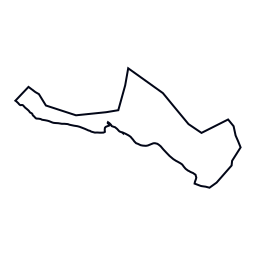 Banannes Bay, Castries, Saint Lucia (orthographic projection), rotated 180°
{"feature_id": "8701671B10070089345452", "entity_name": "Banannes Bay", "entity_type": "district", "adm_level": 2, "iso_a3": "LCA", "parent_name": "Saint Lucia", "parent_adm1": "Castries", "projection": "orthographic", "projection_center": [-61.0, 14.011], "detail": "fine", "context": "isolated", "style": "outline", "palette": "ink", "viewbox_px": 256, "rotation_deg": 180, "n_neighbors": 0, "source": "geoboundaries", "source_scale": "gbopen_adm2", "svg_char_len": 1934}
<svg xmlns="http://www.w3.org/2000/svg" viewBox="0 0 256 256"><g transform="rotate(180 128 128)"><path d="M227.5,169.1L240.6,155.3L239.5,154.5L239.2,154.2L238.0,153.1L236.7,151.6L236.1,151.1L235.2,150.8L234.4,151.0L233.8,151.0L233.2,150.8L232.7,150.4L232.0,149.6L230.8,148.3L229.3,147.1L227.7,145.7L227.2,145.2L225.9,143.5L224.9,143.0L224.3,142.7L223.6,141.9L223.4,141.2L222.8,140.3L221.8,139.5L221.0,138.5L220.4,138.0L219.8,137.5L218.8,137.4L217.3,137.3L215.4,137.0L214.1,136.3L213.0,136.1L211.0,135.8L208.5,135.3L206.8,134.8L203.9,133.6L202.6,133.2L201.0,133.0L197.7,132.8L194.1,132.2L191.6,132.2L188.2,131.9L186.6,131.3L185.3,131.0L181.9,130.3L178.6,129.8L176.4,129.2L174.3,128.4L171.2,127.2L168.7,126.1L167.7,125.6L165.9,125.1L164.8,124.4L163.0,123.9L161.1,123.4L158.9,123.5L155.7,123.3L152.6,123.4L151.2,124.0L151.1,124.5L151.2,125.2L151.3,126.0L151.1,128.1L150.5,128.9L150.1,129.2L148.9,129.7L146.9,130.4L146.6,130.7L147.4,132.2L148.2,132.7L148.3,133.1L148.0,133.8L146.7,132.9L145.2,131.4L144.7,130.7L144.3,129.9L142.3,129.2L141.0,128.8L138.9,127.1L137.2,125.2L136.4,124.5L134.2,123.7L133.7,123.4L132.9,122.7L132.8,123.3L130.2,122.1L127.4,120.6L125.4,119.2L123.9,117.4L123.0,116.4L121.7,114.6L119.9,112.8L118.2,112.2L115.3,110.8L113.2,110.4L110.6,110.2L109.9,110.2L108.2,110.5L107.2,110.9L105.0,111.8L102.7,112.7L101.1,112.8L98.6,112.2L97.0,111.1L95.3,109.7L92.6,106.5L90.9,104.7L89.3,103.0L86.4,100.0L82.7,96.9L79.9,95.1L78.7,94.5L75.5,92.7L73.8,91.5L72.1,89.2L70.4,87.2L68.0,85.4L66.7,84.8L65.8,84.2L64.7,83.7L62.8,82.9L61.9,82.2L60.5,81.3L59.7,78.4L60.1,76.8L60.9,74.6L61.1,74.0L61.4,72.4L55.6,70.2L54.5,69.9L50.3,69.3L46.5,68.3L39.4,73.4L24.4,90.5L23.9,95.2L15.4,108.6L17.9,114.8L20.4,120.5L22.4,129.8L27.9,136.5L54.5,123.1L67.5,131.9L82.5,150.0L93.1,162.9L127.8,187.7L130.8,170.7L137.7,145.8L149.8,143.8L180.0,140.7L210.1,150.5L217.1,161.9L220.6,163.9L227.5,169.1Z" fill="none" stroke="#020617" stroke-width="2"/></g></svg>